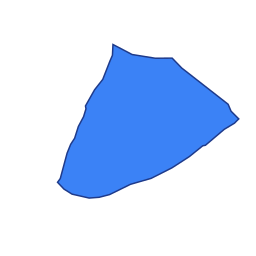 San José Chacayá, Sololá, Guatemala, rotated 226°
{"feature_id": "79465075B53734633338650", "entity_name": "San José Chacayá", "entity_type": "district", "adm_level": 2, "iso_a3": "GTM", "parent_name": "Guatemala", "parent_adm1": "Sololá", "projection": "albers", "projection_center": [-91.228, 14.774], "detail": "fine", "context": "isolated", "style": "filled", "palette": "blue", "viewbox_px": 256, "rotation_deg": 226, "n_neighbors": 0, "source": "geoboundaries", "source_scale": "gbopen_adm2", "svg_char_len": 576}
<svg xmlns="http://www.w3.org/2000/svg" viewBox="0 0 256 256"><g transform="rotate(226 128 128)"><path d="M104.6,51.4L98.2,59.1L92.9,68.5L85.8,90.6L75.7,109.7L68.8,132.0L64.8,152.4L63.3,169.4L61.8,171.7L60.2,196.3L57.5,208.0L57.6,211.4L57.6,214.0L68.5,213.8L75.5,216.5L133.8,208.3L147.6,208.3L159.2,196.1L178.0,182.0L198.5,175.2L191.1,167.3L188.7,161.5L180.5,143.6L178.7,130.5L173.4,112.7L171.0,111.1L167.0,103.9L163.6,93.4L157.7,82.5L156.1,75.5L152.2,66.7L138.7,44.2L137.9,39.6L128.5,39.5L119.3,41.8L104.6,51.4Z" fill="#3b82f6" stroke="#1e3a8a" stroke-width="1.5"/></g></svg>